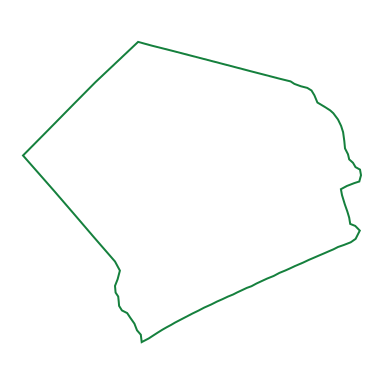 Carapebus, Rio de Janeiro, Brazil (Mercator projection)
{"feature_id": "56859067B72650257323744", "entity_name": "Carapebus", "entity_type": "district", "adm_level": 2, "iso_a3": "BRA", "parent_name": "Brazil", "parent_adm1": "Rio de Janeiro", "projection": "mercator", "projection_center": [-41.619, -22.204], "detail": "fine", "context": "isolated", "style": "outline", "palette": "green", "viewbox_px": 384, "rotation_deg": 0, "n_neighbors": 0, "source": "geoboundaries", "source_scale": "gbopen_adm2", "svg_char_len": 1363}
<svg xmlns="http://www.w3.org/2000/svg" viewBox="0 0 384 384"><path d="M355.6,238.9L359.8,230.6L355.2,225.9L350.2,223.9L349.2,217.7L347.3,211.4L344.8,204.3L342.0,195.1L340.9,189.2L346.8,186.0L354.3,183.1L359.3,181.5L361.0,175.2L360.0,169.6L355.5,167.1L353.0,162.8L349.2,159.4L348.0,154.3L345.0,148.4L344.3,141.0L343.1,132.2L341.1,125.9L338.0,119.5L333.3,113.2L330.2,110.4L324.9,107.0L317.4,102.5L314.4,95.3L311.5,90.5L307.3,87.9L301.0,86.3L294.4,83.9L290.6,81.4L286.5,80.4L278.8,78.5L263.8,74.6L251.0,71.3L215.4,62.0L190.0,55.4L171.1,50.5L157.2,47.0L152.0,45.7L138.1,41.9L95.4,82.2L74.0,103.8L50.1,128.1L23.0,155.5L53.5,190.2L75.4,215.6L93.2,236.4L115.0,261.5L119.9,270.6L117.6,279.3L115.0,285.9L115.6,292.6L118.2,296.5L118.7,301.2L119.1,305.9L121.9,310.4L127.2,313.1L130.1,317.5L134.4,323.6L137.0,330.3L140.8,334.7L141.7,342.1L148.8,338.4L153.4,335.4L157.9,332.5L162.4,329.7L166.6,327.3L171.1,324.9L175.0,322.6L180.0,320.0L185.4,317.2L192.5,313.5L198.5,310.6L204.2,307.6L211.4,304.4L216.9,301.6L222.4,299.2L227.9,296.6L233.1,294.5L237.0,292.5L241.5,290.4L246.8,287.9L251.5,286.2L256.5,283.5L262.3,280.8L267.3,278.5L273.6,276.0L279.4,272.9L285.3,270.5L290.0,268.4L295.3,265.9L303.1,262.6L308.8,259.9L312.8,258.2L318.8,255.6L324.0,253.4L328.8,251.3L333.5,249.3L338.0,247.0L343.8,245.0L350.7,242.3L355.6,238.9Z" fill="none" stroke="#15803d" stroke-width="2"/></svg>